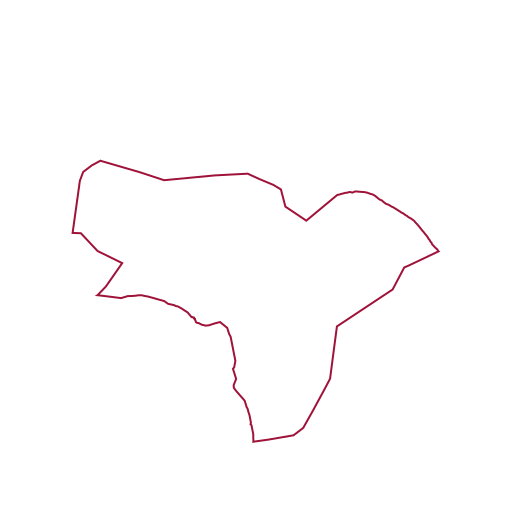 Erdene, Dornogovi, Mongolia (Natural Earth projection), rotated 145°
{"feature_id": "93677404B44396439939565", "entity_name": "Erdene", "entity_type": "district", "adm_level": 2, "iso_a3": "MNG", "parent_name": "Mongolia", "parent_adm1": "Dornogovi", "projection": "natural_earth1", "projection_center": [111.283, 44.182], "detail": "fine", "context": "isolated", "style": "outline", "palette": "rose", "viewbox_px": 512, "rotation_deg": 145, "n_neighbors": 0, "source": "geoboundaries", "source_scale": "gbopen_adm2", "svg_char_len": 3126}
<svg xmlns="http://www.w3.org/2000/svg" viewBox="0 0 512 512"><g transform="rotate(145 256 256)"><path d="M408.3,314.8L407.7,314.3L407.5,314.1L400.4,307.7L398.6,306.1L390.9,299.1L390.7,298.9L390.1,298.7L386.2,297.4L384.3,296.8L384.0,296.7L380.6,294.4L377.5,292.6L377.2,292.4L375.6,291.7L373.9,290.6L373.5,290.3L373.3,290.2L372.3,289.5L372.1,289.4L370.5,287.5L369.2,286.2L367.6,284.6L361.6,277.3L360.0,275.3L358.8,273.9L358.3,273.3L357.7,272.5L357.0,271.7L356.1,269.1L355.4,267.2L354.7,266.4L354.4,266.1L352.6,264.2L351.1,262.5L350.5,261.1L348.9,259.5L346.8,255.1L346.3,253.7L344.3,248.8L344.2,246.7L344.1,245.7L344.0,244.9L344.0,244.2L343.9,243.7L343.9,243.3L343.8,243.2L343.7,242.9L343.6,242.7L343.4,242.7L343.2,242.5L343.2,242.4L343.1,242.2L342.9,241.9L342.8,241.7L342.7,241.6L342.6,241.4L342.3,241.4L342.2,241.3L342.1,241.2L342.1,240.9L342.3,240.7L342.5,240.7L342.6,240.4L342.5,240.2L342.4,240.2L342.3,239.9L342.2,239.7L342.3,239.6L342.2,239.5L342.3,239.4L342.5,239.4L342.5,239.2L342.4,239.2L342.4,238.9L342.6,238.2L343.1,236.1L342.5,234.9L341.4,233.9L340.4,231.9L339.8,230.7L338.5,229.4L338.0,228.8L337.4,228.0L335.7,227.0L334.7,226.5L334.3,226.2L332.8,225.8L328.6,224.5L323.3,222.5L322.7,220.2L320.8,213.7L322.7,207.6L323.1,204.4L327.3,194.9L330.1,188.6L333.0,182.0L333.2,181.8L335.6,179.4L337.7,177.4L337.8,177.3L339.6,176.8L341.3,171.3L342.8,166.7L344.9,165.3L348.4,163.0L349.8,160.7L349.6,156.3L349.1,151.5L348.4,145.3L348.3,143.9L349.0,141.7L350.3,137.8L350.4,136.7L350.5,135.7L350.6,135.4L351.2,133.8L351.8,132.2L351.9,131.9L352.6,129.4L355.8,122.3L356.2,122.0L357.0,121.3L356.8,120.4L356.8,119.9L360.4,111.7L363.0,107.9L363.4,107.2L364.3,105.8L364.7,105.4L351.2,98.5L328.1,87.6L315.9,88.1L298.0,96.7L276.0,107.7L265.7,113.0L250.9,129.2L230.1,151.9L163.3,150.2L141.1,161.6L137.0,160.7L103.8,155.1L104.0,155.8L103.7,157.2L104.4,160.2L104.9,164.0L105.0,165.2L104.7,165.8L104.6,166.5L104.8,167.1L104.9,167.8L104.7,168.8L104.6,169.6L104.8,171.1L104.6,172.4L104.6,174.0L104.7,176.0L104.9,177.2L104.9,178.9L105.2,181.6L105.4,185.2L105.5,187.1L105.8,189.9L106.2,192.3L106.2,193.7L106.8,195.7L107.5,197.7L108.6,199.9L109.0,200.9L109.2,201.9L109.8,203.2L110.6,205.1L110.8,206.2L112.1,208.4L112.4,209.5L114.0,213.3L115.6,217.1L116.5,218.5L117.9,221.8L119.6,224.2L120.5,226.9L121.0,229.2L122.5,231.7L123.9,236.9L124.9,239.0L125.5,240.0L126.2,240.7L128.9,244.5L130.7,246.3L132.7,247.9L135.0,249.8L136.9,251.4L137.8,252.0L139.9,252.5L140.3,252.5L140.7,252.7L141.6,253.8L142.4,254.5L142.9,254.9L143.5,255.1L144.6,255.4L145.2,255.7L146.4,256.4L150.5,257.9L152.6,258.6L154.4,259.4L194.5,256.1L203.6,279.6L197.4,296.2L201.0,304.3L209.1,317.1L215.6,328.2L243.6,345.7L287.8,370.8L303.3,391.5L328.7,423.1L328.8,423.3L336.0,424.1L336.7,424.2L338.4,424.4L343.6,424.2L349.2,424.0L349.4,423.9L350.8,423.0L357.2,418.6L357.9,417.8L358.8,416.9L362.6,412.7L363.2,412.2L364.7,410.5L364.9,410.3L368.2,406.7L368.9,406.0L369.0,405.9L374.1,400.4L375.0,399.4L377.0,397.3L384.8,388.9L388.7,384.7L390.3,383.0L393.0,380.1L386.4,375.1L382.9,350.9L369.7,326.9L396.5,317.1L408.2,314.8L408.3,314.8Z" fill="none" stroke="#9f1239" stroke-width="2"/></g></svg>